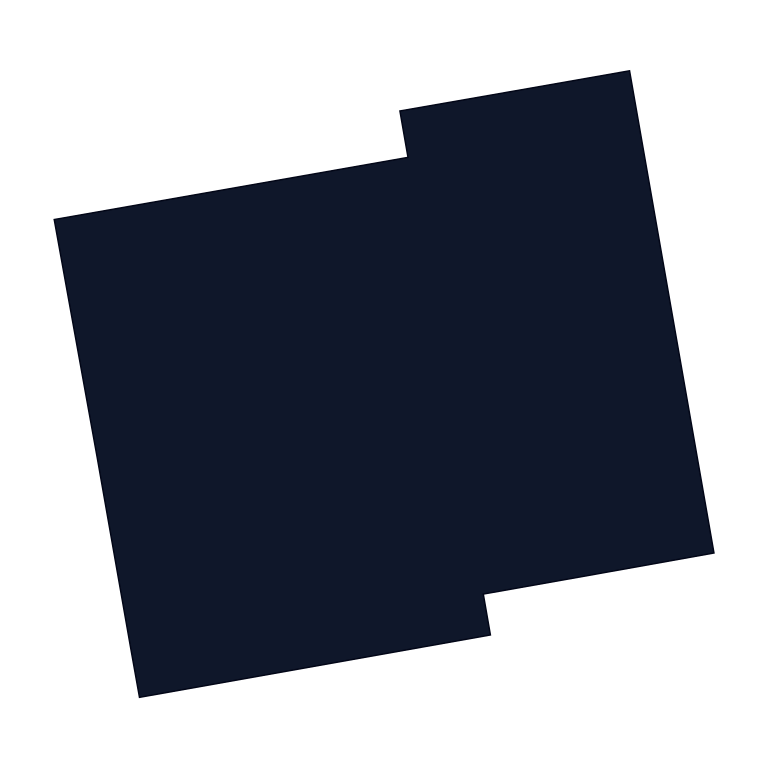 outline of Webster, Iowa, United States of America, rotated 80°
{"feature_id": "52423323B53229348544328", "entity_name": "Webster", "entity_type": "district", "adm_level": 2, "iso_a3": "USA", "parent_name": "United States of America", "parent_adm1": "Iowa", "projection": "equal_earth", "projection_center": [-94.17, 42.427], "detail": "fine", "context": "isolated", "style": "filled", "palette": "ink", "viewbox_px": 768, "rotation_deg": 80, "n_neighbors": 0, "source": "geoboundaries", "source_scale": "gbopen_adm2", "svg_char_len": 324}
<svg xmlns="http://www.w3.org/2000/svg" viewBox="0 0 768 768"><g transform="rotate(80 384 384)"><path d="M407.3,679.2L599.9,679.3L650.1,679.2L649.6,322.8L608.1,322.7L608.0,205.8L607.7,88.4L118.2,87.8L118.1,204.9L117.9,320.9L165.0,321.0L164.8,680.2L407.3,679.2Z" fill="#0f172a" stroke="#020617" stroke-width="1.5"/></g></svg>